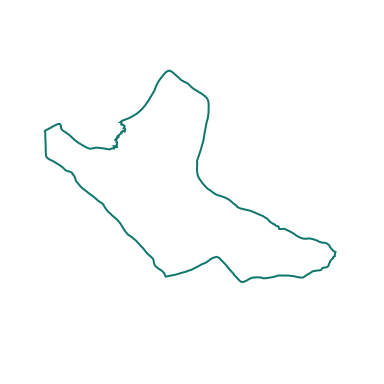 Kanhchriech, Prey Vêng, Cambodia, rotated 220°
{"feature_id": "14789045B7646940366874", "entity_name": "Kanhchriech", "entity_type": "district", "adm_level": 2, "iso_a3": "KHM", "parent_name": "Cambodia", "parent_adm1": "Prey Vêng", "projection": "natural_earth1", "projection_center": [105.547, 11.678], "detail": "fine", "context": "isolated", "style": "outline", "palette": "teal", "viewbox_px": 384, "rotation_deg": 220, "n_neighbors": 0, "source": "geoboundaries", "source_scale": "gbopen_adm2", "svg_char_len": 5135}
<svg xmlns="http://www.w3.org/2000/svg" viewBox="0 0 384 384"><g transform="rotate(220 192 192)"><path d="M344.0,144.2L342.4,143.0L340.1,140.3L337.7,137.6L334.6,134.3L331.5,130.7L329.5,128.4L327.3,126.2L325.9,125.2L323.8,125.1L321.9,125.4L320.4,125.7L319.9,126.0L315.6,126.7L313.7,127.0L311.4,127.4L308.4,127.7L305.6,127.7L304.5,127.5L302.6,127.4L300.7,128.1L299.2,128.8L297.3,129.4L295.5,129.5L295.1,128.9L293.1,128.7L291.1,128.0L289.9,127.1L289.1,126.5L287.6,125.8L285.9,125.5L283.8,125.1L281.4,124.7L279.7,124.5L277.2,124.4L274.7,124.6L271.8,124.7L269.6,124.8L268.5,124.8L267.6,124.8L264.8,125.1L261.8,125.1L259.7,125.0L258.6,125.0L257.0,125.1L254.4,125.5L252.2,125.5L250.7,124.9L249.4,124.4L246.8,123.6L243.7,123.0L240.6,123.0L238.2,122.7L235.6,122.7L232.8,122.8L231.1,122.6L227.9,122.1L226.0,121.6L223.4,120.7L220.0,119.6L217.7,118.9L216.4,118.7L213.8,118.2L210.0,118.7L207.4,118.7L204.5,118.8L202.0,118.5L198.8,118.1L195.3,117.7L193.3,117.5L191.6,117.1L191.0,117.0L189.1,116.5L186.5,116.1L184.0,116.1L182.5,116.0L180.5,115.9L179.5,115.8L178.3,115.6L177.5,114.8L176.3,113.9L174.7,112.7L173.5,112.0L172.3,111.7L169.8,111.7L167.4,111.9L164.5,112.3L161.5,112.0L159.5,111.1L157.7,110.3L153.3,115.8L151.7,117.8L150.2,120.0L147.6,124.0L145.8,126.4L145.2,127.4L144.6,128.9L143.1,130.8L142.0,133.0L141.2,135.0L140.1,137.5L139.2,139.7L138.1,142.8L136.8,145.2L135.9,147.1L135.2,149.7L134.6,152.5L133.8,154.7L132.9,156.1L131.4,158.2L129.6,158.8L127.9,158.9L124.4,158.6L121.8,158.2L118.8,157.9L116.6,157.4L114.0,156.9L111.0,156.5L108.7,156.2L106.0,155.6L104.1,155.4L102.5,155.2L100.7,154.9L98.7,154.7L96.9,154.7L95.9,155.1L94.5,156.6L93.4,158.9L92.5,161.4L92.0,162.7L91.2,164.4L89.7,166.2L87.9,168.0L86.0,169.5L84.9,170.2L83.8,171.0L81.5,172.0L79.7,173.8L76.9,177.0L74.7,179.6L72.3,183.4L69.5,185.8L66.8,187.9L65.4,189.2L64.4,190.0L63.3,190.7L62.0,191.6L60.1,192.8L58.8,193.5L56.8,194.4L55.2,195.4L53.5,196.5L52.2,197.6L51.9,198.1L51.6,199.0L51.2,200.7L50.9,201.8L50.4,203.2L49.8,204.7L49.4,205.7L49.1,207.0L48.7,208.4L48.2,209.3L47.2,210.5L46.4,211.4L45.6,212.4L44.4,213.5L43.4,214.6L43.0,215.5L43.1,216.8L43.1,217.9L41.8,219.3L40.5,220.9L40.0,222.4L40.1,223.4L40.7,224.6L41.1,226.0L41.1,226.8L41.5,227.3L41.8,228.6L41.7,230.2L41.4,231.2L41.3,231.8L42.0,232.8L41.7,233.8L41.3,234.7L41.9,235.3L42.8,236.5L43.2,237.3L43.4,238.2L44.4,238.0L45.4,237.9L46.1,237.8L47.3,237.9L48.9,238.1L50.4,238.4L51.0,238.7L51.7,239.0L52.3,239.2L53.3,239.4L54.0,239.4L54.8,239.3L55.6,239.3L56.3,239.1L57.3,238.6L58.3,238.0L59.7,237.0L60.8,236.3L62.5,235.7L64.9,235.2L66.7,234.6L68.4,233.9L70.5,232.9L72.6,231.6L74.3,229.8L76.0,228.3L77.7,227.4L79.2,226.8L80.9,226.3L82.6,226.0L84.2,225.7L86.2,225.6L87.9,225.4L89.7,225.1L91.4,224.8L93.4,224.2L95.2,223.8L97.3,223.3L98.3,222.6L99.4,221.5L100.3,220.5L101.4,219.7L101.9,220.1L102.8,220.7L103.8,221.0L104.9,220.6L106.4,220.1L107.3,220.1L107.9,220.3L108.9,219.9L109.5,219.7L110.9,219.6L113.3,219.3L117.0,219.9L119.5,219.5L122.6,219.1L124.6,218.4L127.1,217.6L129.4,217.0L131.5,216.3L133.6,215.7L135.8,214.9L138.3,213.6L140.8,212.3L144.4,210.5L144.9,210.4L145.4,210.2L146.3,210.0L147.1,209.8L147.8,209.6L149.4,210.0L151.2,209.9L152.9,209.9L155.1,209.9L157.2,210.0L159.9,209.7L162.1,209.2L164.6,208.5L166.6,207.7L169.3,206.5L171.4,205.7L173.5,205.3L176.1,205.1L178.4,205.1L181.6,204.6L184.3,204.7L187.1,205.1L190.2,205.6L192.7,206.3L195.2,207.0L197.1,207.8L198.8,208.8L201.3,211.0L203.3,213.2L206.4,217.3L206.8,217.8L208.1,218.9L209.0,221.4L210.2,224.4L211.3,227.1L212.6,230.5L214.1,233.7L215.6,237.3L216.8,239.4L218.3,242.1L219.8,244.4L221.4,247.3L223.2,250.5L225.4,254.4L227.5,259.0L229.1,261.5L229.9,262.8L232.5,266.1L234.6,268.8L237.1,271.4L239.3,272.9L242.0,273.7L244.6,273.7L248.0,273.5L250.6,273.0L254.1,272.6L256.3,272.1L259.5,272.0L262.5,272.2L264.8,272.5L267.5,271.8L269.7,271.3L272.1,270.8L272.6,270.8L273.5,270.9L275.6,271.1L279.5,271.1L283.6,271.3L287.0,270.7L288.4,268.9L289.0,267.2L289.1,265.1L289.1,261.8L289.0,258.5L288.7,254.7L287.7,250.4L286.0,245.5L285.2,241.1L284.2,234.5L283.6,228.6L283.6,225.3L283.6,222.8L284.6,216.6L285.8,213.2L286.7,210.5L287.9,207.8L289.8,204.4L291.3,201.7L291.8,199.4L290.8,199.9L290.2,199.5L289.9,198.5L289.2,198.2L288.3,198.9L287.4,199.3L286.8,199.2L286.1,199.1L285.6,198.8L285.4,197.0L284.3,197.4L283.6,197.3L282.6,195.7L282.5,194.9L284.2,194.6L284.0,193.8L284.4,193.3L284.6,192.2L283.8,191.7L284.2,191.3L284.4,189.3L284.5,188.4L284.2,187.8L285.0,187.1L284.8,186.4L284.2,187.0L283.7,186.9L283.8,185.9L284.2,185.6L283.8,184.8L284.0,184.3L284.4,183.7L284.5,183.2L284.2,182.6L283.3,183.1L282.4,182.3L281.9,181.6L281.3,181.8L280.9,181.1L280.2,180.6L280.1,179.6L279.6,178.5L278.9,178.8L278.4,178.1L279.0,177.4L279.8,177.6L280.0,176.8L280.7,177.2L281.4,176.8L280.4,176.2L279.8,175.1L280.3,174.6L281.1,174.3L281.7,173.2L282.0,172.3L283.6,170.9L286.5,169.3L291.2,166.4L294.1,164.2L296.1,161.6L298.0,159.5L300.6,158.5L305.1,157.6L310.5,156.7L315.6,156.4L319.8,156.7L323.5,156.8L327.6,156.4L331.0,156.0L333.2,156.6L334.8,158.3L336.8,159.2L337.5,158.9L338.1,158.2L339.2,156.3L340.7,152.8L342.1,149.0L343.2,146.5L344.0,144.2Z" fill="none" stroke="#0f766e" stroke-width="2"/></g></svg>